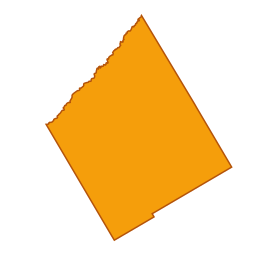 Grand Forks, North Dakota, United States of America, rotated 239°
{"feature_id": "52423323B50078487315509", "entity_name": "Grand Forks", "entity_type": "district", "adm_level": 2, "iso_a3": "USA", "parent_name": "United States of America", "parent_adm1": "North Dakota", "projection": "albers", "projection_center": [-97.051, 47.934], "detail": "fine", "context": "isolated", "style": "filled", "palette": "amber", "viewbox_px": 256, "rotation_deg": 239, "n_neighbors": 0, "source": "geoboundaries", "source_scale": "gbopen_adm2", "svg_char_len": 2979}
<svg xmlns="http://www.w3.org/2000/svg" viewBox="0 0 256 256"><g transform="rotate(239 128 128)"><path d="M114.1,197.4L217.6,197.5L217.5,197.3L216.9,197.1L216.6,196.8L216.1,192.9L216.0,192.6L215.7,192.4L215.1,193.0L214.7,193.2L214.4,193.1L214.3,192.9L214.2,192.5L214.7,191.8L214.7,191.5L214.3,190.9L214.0,190.0L213.7,189.7L213.6,189.8L213.3,189.5L213.3,189.2L213.5,188.9L213.4,188.3L213.3,188.1L212.4,187.4L212.4,186.9L212.5,186.4L212.4,185.8L211.8,185.4L211.8,184.9L212.6,184.2L212.7,183.9L212.6,183.6L211.6,182.5L210.6,181.1L210.2,180.3L210.1,179.9L210.1,179.6L210.8,178.8L210.9,178.3L210.9,177.5L210.8,176.9L209.9,176.3L209.9,176.2L209.9,175.8L210.2,175.5L210.2,175.1L209.7,174.8L209.3,174.3L209.2,173.7L209.4,173.1L209.0,172.1L207.2,170.3L205.9,170.0L205.9,169.1L205.0,168.2L204.5,168.2L204.4,168.1L204.4,167.7L204.7,167.1L205.0,166.7L205.8,166.3L205.8,166.1L205.7,165.8L204.7,165.2L204.2,164.4L203.2,164.2L202.9,164.3L202.6,164.2L202.5,163.8L202.4,163.3L201.7,162.3L201.6,161.9L201.6,161.5L202.0,161.1L202.1,160.7L201.7,159.6L201.6,158.3L201.7,158.1L201.9,158.0L201.9,157.2L201.5,156.9L201.4,156.7L201.5,155.7L200.6,153.8L199.5,153.7L198.5,152.7L198.6,152.3L198.9,152.0L198.8,151.6L198.8,149.4L198.5,148.2L198.1,147.6L197.9,147.5L197.2,146.8L197.2,146.5L197.6,146.3L197.9,145.9L197.8,145.6L197.3,145.2L195.1,144.8L194.4,144.5L194.1,144.2L194.1,143.9L194.8,143.4L195.0,143.0L194.8,142.5L194.1,142.0L193.7,141.5L193.8,140.8L194.8,140.0L194.8,139.7L193.8,138.6L194.0,137.8L194.6,137.2L194.6,136.7L193.9,135.9L193.8,135.1L194.0,135.1L194.6,135.6L195.1,135.8L195.5,135.4L195.5,134.6L195.1,133.8L194.4,133.4L194.0,133.1L195.0,132.5L195.0,132.1L192.9,130.0L191.9,129.3L191.6,128.5L191.9,127.6L191.8,126.9L191.3,126.6L190.2,126.4L189.1,125.8L188.5,125.1L188.3,124.3L188.4,123.9L188.9,122.8L188.9,122.2L188.6,121.5L187.7,120.9L187.3,120.5L187.2,120.2L187.3,119.9L187.9,119.1L188.1,118.7L187.7,117.7L187.7,117.4L188.2,116.0L188.7,114.0L188.8,113.4L188.7,113.1L188.5,112.7L187.2,111.9L186.8,111.2L186.4,108.3L186.6,107.9L187.0,107.4L187.0,106.9L186.7,106.7L185.9,106.6L185.7,106.4L185.4,105.8L185.4,105.7L185.5,105.2L186.0,103.9L186.0,103.5L185.7,99.8L185.4,98.1L185.1,97.3L184.8,96.9L183.5,96.1L182.8,95.5L180.9,92.1L180.0,91.9L179.7,91.7L179.8,91.1L180.4,90.4L180.6,89.1L180.5,88.1L180.1,87.3L179.6,86.9L179.5,86.7L179.5,86.3L179.8,85.9L179.8,85.4L179.6,85.0L179.0,84.5L178.8,83.2L178.5,82.8L178.2,82.8L177.0,83.0L176.4,82.6L176.3,82.3L176.4,81.9L176.8,81.2L176.9,80.9L176.9,80.4L176.7,79.9L175.8,78.0L175.5,77.2L175.3,75.6L174.8,74.9L174.8,74.4L174.9,73.9L174.5,73.3L173.2,72.9L173.1,72.5L173.1,71.7L173.4,70.9L173.5,70.4L173.6,69.8L173.6,69.1L173.5,68.8L173.1,68.5L172.7,67.9L172.3,66.3L172.3,65.5L172.5,65.0L172.5,64.8L173.0,64.1L173.2,63.8L173.2,63.5L173.1,62.8L172.9,62.5L172.6,62.4L172.4,62.0L172.4,61.6L173.2,59.9L173.3,59.7L44.4,58.5L43.3,58.5L38.9,58.5L38.4,104.5L42.1,104.6L41.1,196.7L109.9,197.3L114.1,197.4Z" fill="#f59e0b" stroke="#b45309" stroke-width="1.5"/></g></svg>